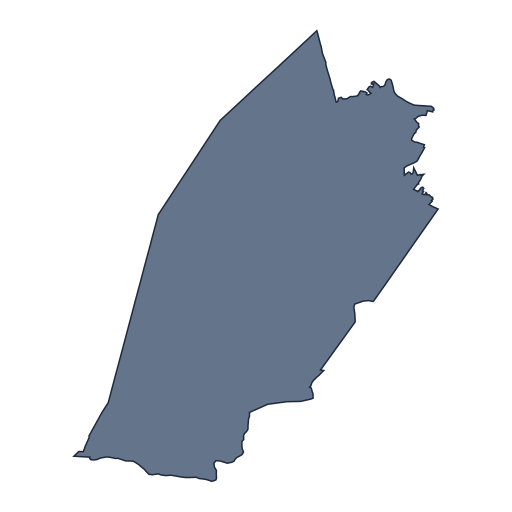 the district of San Nicolás, Oaxaca, Mexico
{"feature_id": "50627088B62304740302326", "entity_name": "San Nicolás", "entity_type": "district", "adm_level": 2, "iso_a3": "MEX", "parent_name": "Mexico", "parent_adm1": "Oaxaca", "projection": "mercator", "projection_center": [-96.736, 16.433], "detail": "fine", "context": "isolated", "style": "filled", "palette": "slate", "viewbox_px": 512, "rotation_deg": 0, "n_neighbors": 0, "source": "geoboundaries", "source_scale": "gbopen_adm2", "svg_char_len": 4051}
<svg xmlns="http://www.w3.org/2000/svg" viewBox="0 0 512 512"><path d="M73.9,456.2L89.9,457.2L89.7,458.3L90.6,459.6L91.4,459.8L94.2,459.9L96.7,459.6L100.6,458.0L103.0,457.6L106.2,457.0L108.6,457.1L112.1,457.7L115.0,458.4L118.2,458.4L122.4,459.8L125.6,460.9L130.5,461.0L133.6,461.4L135.8,462.7L138.6,464.5L141.2,466.8L144.1,469.1L146.6,471.9L149.0,474.4L152.4,474.7L156.8,474.1L158.5,473.9L160.8,474.9L165.7,475.6L170.9,475.2L175.2,475.9L179.8,476.8L185.2,477.5L190.5,477.5L196.1,477.3L199.5,478.6L203.5,479.0L206.6,479.6L209.8,480.6L211.5,481.3L214.1,480.7L216.0,479.8L216.5,477.9L216.3,474.0L216.4,470.4L214.5,467.3L213.8,463.3L216.0,460.7L220.4,461.0L223.6,462.1L227.4,463.2L231.7,462.3L233.9,461.3L235.0,459.4L236.9,457.4L239.2,456.3L242.2,454.5L243.5,452.1L242.2,448.8L241.9,445.6L241.9,441.5L243.7,439.6L243.6,435.6L244.3,433.8L246.8,431.2L248.0,429.1L248.0,425.5L248.3,422.2L248.5,419.2L249.5,416.2L249.5,412.4L267.6,404.3L286.9,401.7L300.6,401.4L310.8,399.1L313.1,398.2L313.0,395.6L312.9,393.3L312.2,391.7L311.3,388.2L310.7,387.6L309.6,387.1L310.6,386.3L311.2,384.8L311.8,382.8L313.8,380.0L314.6,379.4L315.8,378.1L316.5,377.4L319.2,375.1L323.7,370.5L320.5,370.0L355.1,322.0L355.2,321.0L354.8,313.7L353.9,307.3L354.7,304.1L358.1,302.9L363.3,301.1L368.6,300.6L372.7,301.4L373.0,301.5L373.8,300.8L387.4,281.5L411.4,247.1L418.2,237.4L428.6,222.6L438.1,209.0L433.7,207.0L431.4,206.0L431.3,205.8L428.9,204.5L432.2,201.2L431.4,200.6L433.0,199.0L432.4,198.3L432.6,197.4L430.7,196.5L429.4,195.0L427.4,194.8L426.7,194.7L426.8,194.4L426.5,193.7L426.8,193.4L426.0,192.6L424.8,194.6L424.1,194.7L422.1,193.8L423.6,191.3L422.5,190.5L422.5,190.2L423.8,188.3L422.6,187.1L420.8,187.9L418.7,190.9L418.1,190.8L417.7,191.6L416.0,190.5L413.5,189.4L417.3,184.5L418.5,184.0L418.7,183.9L418.2,183.3L418.7,182.4L420.4,179.9L422.2,175.8L423.8,174.3L422.4,174.4L420.7,175.2L420.2,174.5L417.5,175.4L413.7,167.8L413.2,172.7L411.5,174.3L411.2,174.3L410.0,172.5L408.5,172.1L404.4,175.2L404.1,168.4L404.0,168.1L404.4,167.7L406.6,166.1L407.3,165.7L408.6,165.2L413.8,162.9L414.5,162.6L416.8,161.3L417.5,160.4L417.9,159.8L418.6,158.3L418.9,157.9L419.2,157.2L420.1,155.6L421.7,153.0L424.6,147.7L424.1,147.6L423.5,147.3L424.4,144.7L420.5,143.5L417.3,142.3L416.3,142.2L414.8,142.1L411.5,140.1L411.9,137.9L412.5,136.6L413.2,135.7L414.5,133.1L415.6,132.8L416.5,129.8L419.2,127.1L418.5,125.5L418.6,123.5L417.2,122.6L414.3,119.0L415.7,118.5L418.0,116.5L421.6,115.3L426.0,115.4L427.4,110.7L432.7,111.9L432.7,111.6L433.3,109.8L433.9,109.9L433.7,108.2L431.3,106.3L426.6,106.0L425.5,105.9L419.0,105.5L414.1,105.1L410.4,103.5L406.2,101.4L402.4,98.8L397.3,95.9L394.8,93.1L393.9,91.1L392.8,85.6L391.5,81.2L391.2,80.3L390.1,79.3L389.1,79.0L387.3,79.6L385.9,81.8L385.4,83.4L384.9,85.1L383.4,86.4L382.3,86.6L381.1,86.6L380.5,87.2L380.2,87.5L379.0,85.6L374.0,81.3L371.5,82.5L371.4,83.1L371.4,84.0L372.2,84.2L372.5,84.0L373.8,84.0L372.7,87.4L370.5,86.2L369.1,86.8L367.1,89.6L368.2,90.4L369.5,92.1L370.1,92.4L371.0,93.3L368.7,94.8L367.4,94.9L366.5,94.7L366.2,94.3L367.0,93.0L364.9,91.6L363.2,91.7L363.1,91.3L360.8,90.9L359.5,92.3L359.6,93.4L358.4,94.2L358.0,95.6L356.3,96.1L352.7,96.6L350.8,96.5L350.4,96.6L350.2,96.7L346.9,98.8L342.9,98.9L342.5,98.7L341.3,97.4L341.1,97.3L338.4,98.3L338.4,98.6L337.8,101.4L336.3,102.2L336.1,102.0L334.8,96.5L334.4,95.7L333.5,90.1L333.0,89.7L331.0,83.2L329.8,78.0L329.6,77.5L327.2,69.9L327.2,69.6L326.8,68.4L325.8,64.1L325.9,62.5L322.3,53.0L322.3,52.6L321.0,45.8L320.8,45.7L317.6,33.3L316.8,30.7L306.7,40.2L303.3,43.3L297.1,49.1L285.7,59.7L276.0,68.7L269.6,74.6L259.3,84.1L253.0,89.9L246.5,96.0L231.1,110.3L220.1,120.5L211.3,133.9L191.3,164.4L183.0,177.0L175.6,188.2L169.1,198.1L161.5,209.7L159.1,213.3L158.3,214.4L156.3,222.2L151.8,238.9L149.7,247.1L146.3,259.6L144.1,267.8L142.5,273.9L140.8,280.4L139.9,283.8L138.9,287.4L135.6,299.7L131.6,314.9L120.6,356.2L114.3,379.7L110.9,392.6L108.2,402.8L106.6,405.2L102.2,412.1L97.3,420.9L89.0,435.9L89.2,437.3L88.8,438.3L85.2,446.3L83.4,451.6L78.8,451.5L73.9,456.2Z" fill="#64748b" stroke="#1e293b" stroke-width="1.5"/></svg>